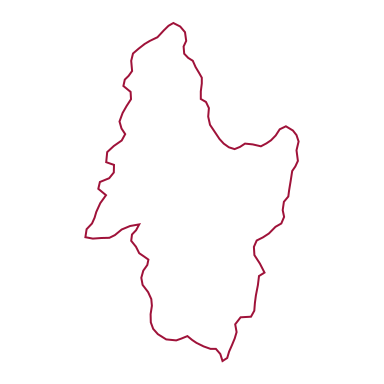 the district of São João do Oriente, Minas Gerais, Brazil
{"feature_id": "56859067B69019136303684", "entity_name": "São João do Oriente", "entity_type": "district", "adm_level": 2, "iso_a3": "BRA", "parent_name": "Brazil", "parent_adm1": "Minas Gerais", "projection": "orthographic", "projection_center": [-42.171, -19.35], "detail": "fine", "context": "isolated", "style": "outline", "palette": "rose", "viewbox_px": 384, "rotation_deg": 0, "n_neighbors": 0, "source": "geoboundaries", "source_scale": "gbopen_adm2", "svg_char_len": 1759}
<svg xmlns="http://www.w3.org/2000/svg" viewBox="0 0 384 384"><path d="M290.7,180.7L292.2,171.0L295.3,166.5L297.9,160.9L296.5,150.3L298.6,141.5L296.5,135.1L292.9,130.5L285.9,126.3L279.7,129.3L275.7,135.5L271.0,140.3L266.4,143.4L260.9,146.3L252.7,144.4L245.0,143.6L240.0,146.9L234.6,149.1L228.9,147.3L223.7,143.6L219.5,139.0L215.5,133.0L210.0,124.8L208.2,116.6L208.9,108.1L206.0,102.0L200.8,99.0L200.8,91.4L201.8,83.5L201.8,77.7L198.9,72.6L195.6,67.1L192.8,60.8L188.2,57.9L184.2,53.7L183.6,46.5L186.2,40.9L185.0,32.2L180.2,26.5L173.3,23.0L168.5,25.8L163.9,30.3L157.5,37.2L149.8,40.9L144.6,44.0L138.7,48.6L133.0,53.5L131.2,60.8L132.1,71.0L128.6,75.9L124.8,79.6L123.4,86.0L130.6,91.9L131.0,99.2L126.6,106.0L122.6,113.0L119.5,121.5L121.5,128.5L125.2,134.1L121.7,140.5L113.8,146.0L107.2,152.1L106.2,162.2L114.0,164.9L113.8,172.5L109.2,178.2L99.9,182.0L98.3,188.8L106.0,195.2L100.3,203.1L96.3,211.9L94.6,217.7L92.0,223.5L86.6,229.2L85.4,237.2L92.8,238.6L101.4,238.0L109.4,237.8L114.9,235.1L121.7,229.5L130.1,226.0L139.2,224.4L136.1,230.2L132.0,234.5L131.2,240.8L136.0,246.8L139.2,253.2L143.6,256.2L148.4,259.6L147.3,265.0L143.3,270.6L141.3,277.8L142.6,284.9L148.1,292.1L151.3,299.1L151.9,305.8L150.6,314.2L150.8,322.4L153.2,328.9L157.9,334.2L166.2,339.4L176.2,340.4L181.3,338.6L187.4,336.1L192.2,340.0L196.5,342.9L203.6,346.4L210.6,348.9L215.9,348.9L220.3,354.0L222.5,361.0L227.2,358.0L229.1,351.6L231.8,345.5L234.7,338.5L236.6,332.1L235.2,324.3L240.6,317.3L251.0,316.7L254.3,310.7L254.9,303.0L255.9,295.4L257.9,285.1L259.0,276.0L264.5,272.6L259.9,263.6L254.4,255.1L253.9,246.9L256.7,240.5L262.9,237.4L268.9,233.5L275.5,226.8L281.3,223.5L284.1,216.9L282.7,210.1L283.9,201.8L288.3,196.5L289.1,190.4L290.7,180.7Z" fill="none" stroke="#9f1239" stroke-width="2"/></svg>